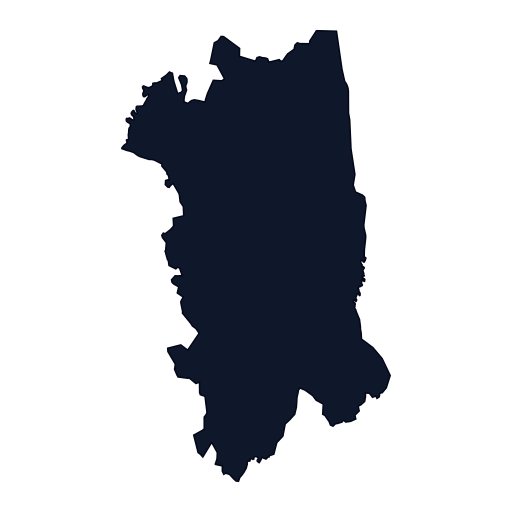 outline of Gamawa, Bauchi, Nigeria
{"feature_id": "59680162B43637132059207", "entity_name": "Gamawa", "entity_type": "district", "adm_level": 2, "iso_a3": "NGA", "parent_name": "Nigeria", "parent_adm1": "Bauchi", "projection": "equal_earth", "projection_center": [10.6, 12.017], "detail": "fine", "context": "isolated", "style": "filled", "palette": "ink", "viewbox_px": 512, "rotation_deg": 0, "n_neighbors": 0, "source": "geoboundaries", "source_scale": "gbopen_adm2", "svg_char_len": 6010}
<svg xmlns="http://www.w3.org/2000/svg" viewBox="0 0 512 512"><path d="M363.8,274.0L363.7,273.1L363.0,271.1L363.0,270.2L363.1,269.7L364.1,268.3L364.3,268.0L364.1,267.4L363.2,266.6L362.1,266.9L362.1,264.7L361.5,264.1L360.8,262.7L360.9,262.1L360.7,261.5L360.9,260.9L361.8,260.3L362.4,260.2L362.6,260.4L362.7,260.9L363.2,261.8L364.0,262.2L365.0,260.9L365.6,259.1L365.9,258.0L365.1,257.3L364.2,257.1L364.4,249.7L365.7,237.8L365.7,236.0L365.6,234.9L364.0,227.9L363.8,224.8L366.1,205.5L365.0,200.8L364.7,197.5L364.4,196.9L362.5,195.1L355.5,192.0L353.2,185.0L354.9,174.4L351.0,148.9L349.7,119.9L348.5,113.0L348.4,91.4L348.2,89.3L347.7,86.9L346.3,83.7L344.7,81.4L342.0,69.3L336.5,31.2L317.3,30.7L316.2,30.9L315.7,31.9L309.8,40.9L309.8,42.5L309.1,43.7L300.0,43.6L297.3,42.8L295.2,44.7L295.0,45.0L294.0,49.4L287.7,53.8L284.8,57.8L282.9,60.8L280.7,61.3L279.3,59.6L270.9,61.7L268.8,62.0L267.5,58.7L265.4,58.0L262.0,57.6L259.6,56.8L257.0,57.6L255.5,61.2L239.4,56.3L239.6,48.4L223.6,36.6L221.1,36.4L218.1,40.7L214.3,42.8L210.9,59.5L209.9,63.4L217.0,64.9L224.5,78.8L221.9,80.8L213.3,80.3L207.4,93.7L205.5,99.7L205.0,102.1L198.9,100.6L194.4,99.8L191.6,100.5L190.2,101.5L188.0,103.4L184.1,101.9L184.0,99.2L184.5,96.0L186.6,90.0L186.1,88.5L185.8,86.8L185.7,85.5L186.4,84.1L187.0,82.2L186.9,79.1L186.6,78.3L185.4,77.0L184.7,76.0L180.1,75.6L178.7,77.7L181.6,84.7L182.6,90.4L181.3,92.2L178.2,93.4L177.5,93.1L173.8,81.1L172.4,73.2L169.4,72.0L166.5,75.0L161.4,78.6L162.3,80.5L156.6,83.0L154.7,82.9L152.8,83.4L152.9,84.8L152.3,86.0L151.1,86.7L149.1,87.6L148.3,87.7L146.2,87.0L143.6,85.9L143.0,86.2L142.5,87.0L142.7,88.4L143.3,89.2L143.9,91.0L142.9,93.3L142.8,94.6L143.1,95.9L143.8,96.7L144.7,96.7L147.7,94.5L148.3,94.7L148.6,95.5L148.7,96.4L148.2,96.8L147.8,97.6L146.9,98.7L146.2,100.5L144.7,102.9L143.4,105.5L142.4,105.9L141.3,106.1L140.3,106.1L139.0,106.2L137.2,106.2L136.5,106.5L136.1,108.0L136.1,109.7L136.6,111.0L137.2,112.0L137.4,112.7L137.2,113.4L136.5,113.4L135.6,113.1L134.8,112.5L134.5,111.9L134.4,111.3L134.0,110.8L133.4,110.4L132.6,111.0L132.1,111.6L131.5,112.4L131.2,113.5L131.7,114.9L132.9,115.9L133.7,117.2L133.9,118.0L134.0,119.4L133.7,120.0L132.8,120.0L131.7,119.5L130.6,118.5L129.3,117.9L128.3,118.5L127.7,118.6L126.9,118.3L126.3,119.0L126.2,120.1L126.5,121.2L127.3,122.0L128.5,122.8L129.4,123.1L130.0,123.8L130.4,124.6L130.4,125.7L130.1,126.8L129.1,128.1L128.8,129.5L128.6,133.1L128.3,134.6L128.5,137.7L128.7,138.8L128.1,139.6L127.2,139.6L126.5,139.9L126.5,140.8L127.0,141.6L127.0,142.3L126.7,143.1L126.0,143.9L124.7,144.7L123.4,145.9L121.9,147.9L121.8,148.6L126.7,150.4L130.1,151.2L133.7,152.5L137.7,155.5L140.2,156.7L149.2,159.5L150.7,159.4L152.4,159.6L154.3,160.1L161.9,163.9L161.9,166.2L166.8,172.0L166.8,173.0L167.0,174.0L168.4,175.5L169.2,179.4L165.6,180.5L165.3,184.6L167.7,187.1L169.1,187.4L170.7,185.4L173.1,183.4L178.9,193.4L179.4,195.2L180.1,201.8L183.3,206.6L183.7,215.8L173.2,218.3L173.6,225.6L172.6,227.3L170.2,229.8L165.2,233.7L163.3,233.1L161.8,235.3L162.5,237.7L166.3,242.6L165.7,250.1L165.1,251.0L167.5,259.7L168.3,260.5L169.0,265.5L175.8,268.9L177.3,267.4L179.5,267.9L182.2,275.6L176.7,275.9L175.2,275.7L171.5,279.8L172.0,282.3L173.7,284.0L178.7,286.8L177.3,293.0L183.2,297.0L180.9,301.4L180.8,302.6L182.7,312.1L182.4,313.1L191.0,323.7L192.4,326.0L196.1,328.7L199.1,333.3L187.7,350.1L180.8,344.9L167.7,348.2L167.9,351.6L175.3,364.1L174.8,367.8L174.5,369.2L177.0,375.1L178.1,377.0L188.1,378.3L188.7,377.6L195.9,383.5L199.5,382.2L199.6,392.5L200.3,394.7L205.0,396.3L207.0,412.5L206.3,414.3L204.2,417.1L204.2,428.9L202.2,430.5L193.7,435.1L198.1,452.6L200.4,454.3L202.8,457.0L211.5,442.7L212.1,443.1L217.3,452.6L217.0,458.9L215.3,464.1L215.4,464.4L222.3,465.9L222.3,471.1L223.8,474.3L225.8,473.2L229.5,474.4L233.9,479.1L236.0,481.0L238.5,481.3L239.8,477.5L242.0,475.0L244.1,472.0L246.2,468.2L247.3,464.1L247.1,463.1L247.3,462.2L248.4,460.8L249.2,461.1L249.9,461.0L250.2,459.8L250.2,459.0L251.8,458.7L252.9,459.4L253.8,459.1L253.7,458.1L254.3,457.1L255.5,456.4L257.1,456.9L258.2,458.1L258.1,459.1L257.3,460.0L257.1,460.9L257.8,461.7L259.1,462.7L260.0,461.5L262.2,457.3L262.8,457.5L263.7,458.2L264.8,458.5L265.8,459.1L266.9,458.4L267.1,457.7L267.9,456.8L268.9,457.1L269.4,455.7L273.8,454.2L276.8,442.6L282.9,436.1L285.2,424.0L289.7,419.8L294.7,414.3L296.4,407.2L297.0,397.4L298.0,392.9L298.5,390.0L300.0,388.0L305.2,390.2L312.7,395.6L316.1,400.2L323.0,403.9L323.2,404.6L322.7,414.3L324.9,415.4L328.7,421.0L329.0,421.2L330.4,425.0L333.0,426.2L336.0,423.3L336.8,423.7L342.0,422.1L342.9,420.7L343.4,420.5L344.2,420.8L345.8,422.1L350.8,421.3L355.8,419.0L354.9,415.2L359.2,411.0L358.2,406.3L360.1,405.1L360.7,405.0L364.7,401.4L365.5,396.6L365.4,393.1L369.4,393.2L372.5,397.3L375.8,396.0L377.0,398.4L379.2,396.9L379.5,395.6L379.4,394.0L381.3,392.7L382.1,392.8L382.7,392.2L386.3,387.8L390.2,375.5L382.1,358.5L372.8,347.5L361.5,339.1L361.2,333.1L360.5,329.3L360.4,326.4L359.5,319.5L356.5,312.2L355.7,309.8L354.8,308.1L354.4,307.1L355.0,306.5L354.9,305.3L355.2,304.4L355.2,303.8L354.7,302.7L354.2,302.7L353.6,302.6L353.4,302.3L353.3,301.1L353.4,300.7L353.8,300.4L354.1,299.9L354.8,300.0L355.1,300.2L355.1,300.7L355.2,301.1L356.1,301.3L356.7,300.1L356.5,299.5L355.8,298.3L355.8,297.9L356.1,296.7L356.8,295.4L356.9,294.9L356.8,294.3L356.9,293.7L357.3,293.6L357.6,293.9L358.1,293.8L358.5,294.1L359.1,295.2L359.5,295.6L359.9,295.5L360.1,295.2L360.1,294.7L360.0,294.2L360.1,293.3L358.9,291.0L358.7,290.4L358.9,289.7L358.3,289.0L358.0,288.5L358.1,288.3L358.7,287.6L358.5,287.2L358.6,286.8L359.5,286.3L360.0,286.4L360.1,286.6L360.4,286.6L361.5,285.9L362.1,285.7L362.3,285.3L362.4,285.0L362.3,284.8L361.7,283.7L361.5,281.8L361.6,281.4L362.1,281.1L362.4,279.4L362.6,279.3L363.2,279.4L363.6,280.4L363.8,281.1L363.9,281.3L364.2,281.4L364.5,281.3L364.7,281.1L364.7,280.8L364.6,280.5L364.8,279.4L364.5,278.9L364.4,278.8L364.0,278.8L363.7,278.5L363.1,277.9L362.2,277.5L362.2,277.3L362.4,276.7L363.3,276.1L364.0,276.0L364.3,275.8L363.7,274.7L363.7,274.3L363.8,274.0Z" fill="#0f172a" stroke="#020617" stroke-width="1.5"/></svg>